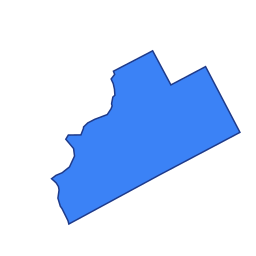 the district of Arenac, Michigan, United States of America, rotated 152°
{"feature_id": "52423323B18748750980244", "entity_name": "Arenac", "entity_type": "district", "adm_level": 2, "iso_a3": "USA", "parent_name": "United States of America", "parent_adm1": "Michigan", "projection": "orthographic", "projection_center": [-83.781, 44.037], "detail": "fine", "context": "isolated", "style": "filled", "palette": "blue", "viewbox_px": 256, "rotation_deg": 152, "n_neighbors": 0, "source": "geoboundaries", "source_scale": "gbopen_adm2", "svg_char_len": 614}
<svg xmlns="http://www.w3.org/2000/svg" viewBox="0 0 256 256"><g transform="rotate(152 128 128)"><path d="M31.2,71.6L30.7,145.8L69.9,145.9L70.0,184.6L114.2,185.0L114.6,181.6L119.9,179.2L120.2,174.1L121.7,168.7L124.2,163.1L126.9,162.4L131.2,157.0L131.6,155.0L133.8,153.0L140.0,149.6L153.3,151.3L161.1,151.4L166.7,149.8L167.6,148.5L172.8,144.0L184.0,149.8L188.2,147.3L185.7,135.4L188.4,128.3L197.9,121.1L207.3,119.4L213.8,120.0L219.3,119.1L217.2,113.3L216.9,109.0L218.0,105.6L222.8,99.0L224.5,90.7L224.1,87.6L224.5,74.4L225.3,71.0L122.3,71.8L31.2,71.6Z" fill="#3b82f6" stroke="#1e3a8a" stroke-width="1.5"/></g></svg>